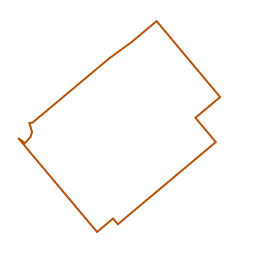 the district of Craig, Oklahoma, United States of America, rotated 230°
{"feature_id": "52423323B42646189341736", "entity_name": "Craig", "entity_type": "district", "adm_level": 2, "iso_a3": "USA", "parent_name": "United States of America", "parent_adm1": "Oklahoma", "projection": "robinson", "projection_center": [-95.173, 36.755], "detail": "fine", "context": "isolated", "style": "outline", "palette": "amber", "viewbox_px": 256, "rotation_deg": 230, "n_neighbors": 0, "source": "geoboundaries", "source_scale": "gbopen_adm2", "svg_char_len": 494}
<svg xmlns="http://www.w3.org/2000/svg" viewBox="0 0 256 256"><g transform="rotate(230 128 128)"><path d="M60.8,186.2L92.5,186.2L92.5,218.5L136.5,218.5L191.5,218.6L191.5,186.1L193.4,159.1L193.5,58.2L195.2,55.7L186.4,51.7L183.8,47.4L182.7,39.3L190.9,37.4L189.7,37.4L183.9,37.4L181.6,37.4L178.0,37.4L170.7,37.4L155.8,37.4L145.6,37.4L144.5,37.4L138.8,37.4L133.3,37.4L94.3,37.4L92.6,37.4L91.7,37.4L68.3,37.5L68.2,58.4L60.8,58.4L60.8,186.2Z" fill="none" stroke="#b45309" stroke-width="2"/></g></svg>